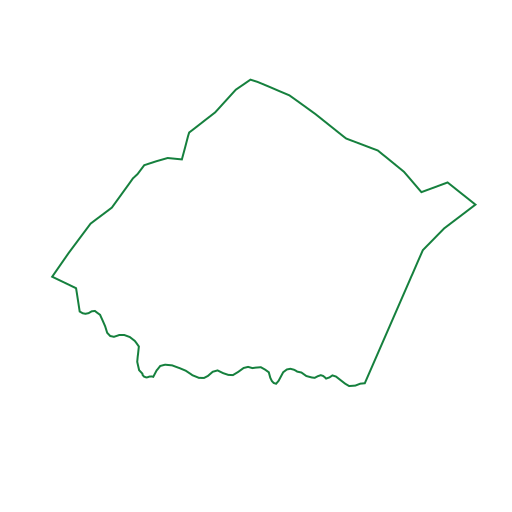 the district of San Mateo Yoloxochitlán, Oaxaca, Mexico, rotated 207°
{"feature_id": "50627088B14353503366896", "entity_name": "San Mateo Yoloxochitlán", "entity_type": "district", "adm_level": 2, "iso_a3": "MEX", "parent_name": "Mexico", "parent_adm1": "Oaxaca", "projection": "orthographic", "projection_center": [-96.869, 18.142], "detail": "fine", "context": "isolated", "style": "outline", "palette": "green", "viewbox_px": 512, "rotation_deg": 207, "n_neighbors": 0, "source": "geoboundaries", "source_scale": "gbopen_adm2", "svg_char_len": 2092}
<svg xmlns="http://www.w3.org/2000/svg" viewBox="0 0 512 512"><g transform="rotate(207 256 256)"><path d="M428.2,145.0L419.6,145.2L401.7,145.6L398.7,141.5L387.9,126.5L384.4,126.3L381.7,127.1L379.2,129.1L377.3,132.1L374.6,133.9L372.1,133.4L368.2,132.8L366.9,131.7L363.5,129.0L358.5,124.9L354.6,120.9L353.7,120.0L349.5,118.5L348.6,118.8L345.9,119.5L343.2,122.2L342.0,123.5L338.1,125.5L337.5,125.8L331.6,126.5L331.1,126.4L325.4,125.3L323.3,124.3L321.4,123.3L319.3,122.2L316.4,114.6L315.9,113.1L313.8,107.8L312.9,106.7L308.3,101.2L303.8,99.6L303.0,98.5L301.0,97.7L298.6,98.0L297.5,98.8L296.2,100.2L294.1,101.4L292.7,101.7L292.6,109.1L292.3,110.1L291.4,114.6L291.1,114.8L289.0,116.7L287.6,117.9L281.0,120.5L279.0,120.7L274.7,121.2L273.3,121.4L267.9,121.8L266.5,121.9L260.5,121.2L258.5,120.9L254.1,121.3L251.5,121.5L246.9,123.8L244.4,127.3L242.0,133.2L238.3,136.6L232.1,136.7L226.7,137.5L222.5,139.4L219.2,144.7L216.2,150.6L212.7,153.6L208.3,154.5L205.6,156.4L201.2,159.1L196.3,158.9L191.8,158.2L188.0,154.0L185.1,151.8L182.6,150.9L180.1,151.3L179.2,155.0L179.1,159.9L179.0,164.8L177.0,168.9L174.2,171.1L170.6,171.9L168.7,171.9L166.8,171.7L162.6,172.8L156.7,171.9L154.3,172.4L151.1,173.1L148.4,174.1L146.4,176.9L144.2,179.2L141.8,179.6L139.7,179.2L137.9,178.6L135.4,181.2L133.7,184.3L130.0,184.9L123.3,183.6L118.6,182.7L114.0,182.4L108.7,185.6L105.1,189.6L101.3,192.0L108.1,305.2L108.3,308.0L108.4,310.6L109.3,324.8L110.0,337.0L108.4,342.1L105.9,350.0L103.6,357.4L101.1,365.3L100.9,366.0L83.8,401.4L118.7,408.5L137.6,388.0L140.1,389.0L153.1,394.4L162.4,398.2L185.4,403.2L189.4,404.0L195.3,405.3L197.3,405.1L201.5,404.6L224.4,402.1L229.0,401.6L231.7,402.1L238.1,403.4L267.8,409.5L270.5,409.9L284.6,412.1L295.1,413.7L299.2,414.3L302.0,414.1L310.1,413.5L319.5,412.9L333.8,411.8L341.0,410.6L349.5,395.0L350.1,392.8L357.6,365.4L363.0,354.0L366.8,345.8L371.6,335.7L371.0,332.1L368.4,320.3L365.9,308.4L379.2,303.2L387.8,295.2L396.8,286.2L398.7,275.3L400.9,269.3L401.7,263.8L406.4,233.7L407.9,230.6L415.6,214.9L418.1,209.7L424.3,173.6L428.2,145.0Z" fill="none" stroke="#15803d" stroke-width="2"/></g></svg>